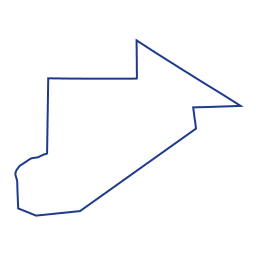 map outline of Tiris Zemmour (Albers equal-area conic projection)
{"feature_id": "MRT-2783", "entity_name": "Tiris Zemmour", "entity_type": "Region", "adm_level": 1, "iso_a3": "MRT", "parent_name": "Mauritania", "parent_adm1": "", "projection": "albers", "projection_center": [-9.84, 24.319], "detail": "fine", "context": "isolated", "style": "outline", "palette": "blue", "viewbox_px": 256, "rotation_deg": 0, "n_neighbors": 0, "source": "natural_earth", "source_scale": "10m", "svg_char_len": 1778}
<svg xmlns="http://www.w3.org/2000/svg" viewBox="0 0 256 256"><path d="M136.6,40.4L141.8,43.8L147.1,47.2L152.3,50.6L157.6,54.0L162.9,57.3L168.2,60.7L173.5,64.0L178.8,67.4L184.1,70.7L189.5,74.0L194.8,77.4L200.1,80.7L204.7,83.5L209.2,86.3L213.8,89.1L217.7,91.5L218.3,91.9L221.6,93.9L226.4,96.9L231.1,99.9L235.9,102.9L240.6,105.9L234.7,106.1L228.8,106.3L222.8,106.5L216.9,106.7L211.0,106.9L205.0,107.1L199.1,107.2L193.2,107.4L193.5,109.7L193.8,112.1L194.1,114.4L194.4,116.8L194.7,119.1L195.1,121.5L195.4,123.8L195.7,126.2L196.0,128.6L80.0,211.1L36.1,215.6L18.9,208.7L18.3,208.4L18.2,208.4L17.7,196.1L17.4,188.7L17.2,181.3L16.8,179.4L15.6,175.6L15.4,173.7L15.8,171.7L16.7,169.8L19.1,166.6L19.6,165.9L22.4,164.1L25.9,161.8L28.8,159.8L30.6,158.7L32.2,158.1L36.8,157.5L37.8,157.3L43.8,154.5L46.6,153.8L47.0,153.3L47.1,152.3L47.1,149.9L47.2,147.7L47.2,145.4L47.2,143.2L47.3,141.0L47.3,138.7L47.3,136.5L47.4,134.2L47.4,132.0L47.4,129.8L47.5,127.5L47.5,125.3L47.5,123.1L47.6,120.8L47.6,118.6L47.6,116.3L47.7,114.1L47.7,111.9L47.8,109.6L47.8,107.4L47.8,105.1L47.9,102.9L47.9,100.7L47.9,98.4L48.0,96.2L48.0,94.0L48.0,91.7L48.1,89.5L48.1,87.2L48.1,85.0L48.2,82.8L48.2,80.5L48.2,78.3L50.9,78.3L53.6,78.4L56.3,78.4L59.0,78.4L61.6,78.5L64.3,78.5L67.0,78.5L69.7,78.6L72.4,78.6L75.0,78.6L77.7,78.6L80.4,78.6L83.1,78.7L85.8,78.7L88.4,78.7L91.1,78.7L93.8,78.7L96.5,78.7L99.2,78.7L101.8,78.7L104.5,78.7L107.2,78.7L109.9,78.7L112.5,78.7L115.2,78.7L117.9,78.7L120.6,78.7L123.3,78.7L125.9,78.7L128.6,78.7L131.3,78.7L134.0,78.6L136.2,78.6L136.8,78.5L136.9,78.1L136.9,76.7L136.9,76.3L136.9,75.2L136.9,73.4L136.9,71.1L136.8,68.3L136.8,65.2L136.8,62.0L136.8,58.6L136.7,55.2L136.7,51.9L136.7,48.8L136.6,46.1L136.6,43.8L136.6,42.0L136.6,40.8L136.6,40.4Z" fill="none" stroke="#1e3a8a" stroke-width="2"/></svg>